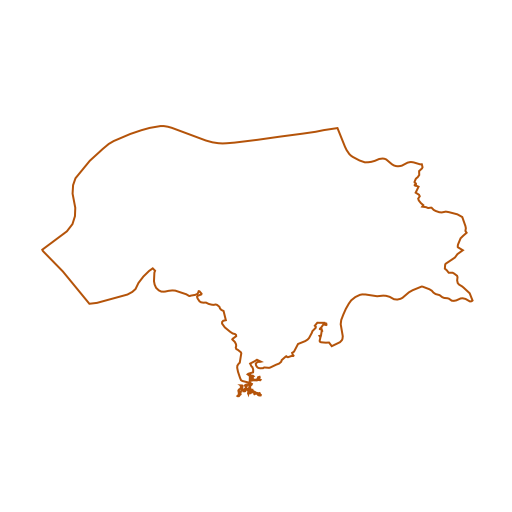 Quang Yen, Quảng Ninh, Vietnam, rotated 84°
{"feature_id": "81297802B38356347526872", "entity_name": "Quang Yen", "entity_type": "district", "adm_level": 2, "iso_a3": "VNM", "parent_name": "Vietnam", "parent_adm1": "Quảng Ninh", "projection": "equal_earth", "projection_center": [106.908, 20.924], "detail": "fine", "context": "isolated", "style": "outline", "palette": "amber", "viewbox_px": 512, "rotation_deg": 84, "n_neighbors": 0, "source": "geoboundaries", "source_scale": "gbopen_adm2", "svg_char_len": 6085}
<svg xmlns="http://www.w3.org/2000/svg" viewBox="0 0 512 512"><g transform="rotate(84 256 256)"><path d="M286.1,426.7L286.0,419.0L280.9,387.9L278.8,382.8L276.3,379.3L270.5,375.7L264.6,370.1L259.7,363.9L257.5,360.0L260.1,357.9L261.9,358.8L270.4,360.1L273.8,359.8L277.2,358.7L280.0,356.3L281.5,353.9L281.8,351.7L281.9,350.3L281.5,346.5L281.5,342.7L282.0,339.9L286.8,329.3L288.7,326.8L288.9,326.0L288.6,325.0L288.3,320.5L287.6,318.3L286.5,317.4L285.0,316.7L285.2,315.9L287.8,314.1L288.5,314.4L289.4,317.9L290.4,318.9L292.2,318.5L295.2,316.9L296.3,315.5L296.9,313.3L297.1,310.6L298.7,308.1L299.8,305.1L300.2,303.2L300.0,301.2L300.6,299.8L302.7,297.7L304.4,297.3L306.0,296.1L307.3,294.0L316.7,292.7L317.0,295.4L318.1,296.6L319.7,296.8L323.7,294.5L328.7,289.6L330.6,287.3L331.4,285.1L332.4,284.1L333.7,284.1L335.9,287.9L336.5,288.3L339.3,286.0L341.7,285.1L343.4,285.1L345.0,285.7L346.5,285.3L347.5,283.8L350.2,281.1L351.2,280.8L360.4,283.3L361.3,284.5L363.1,286.0L365.2,286.4L369.3,286.0L375.6,284.6L377.9,283.9L378.9,282.6L381.2,276.2L381.2,275.8L380.5,275.4L375.2,274.7L374.3,275.0L372.8,276.7L372.3,275.9L371.4,271.1L370.0,270.8L368.4,270.7L366.2,271.2L365.4,272.0L362.4,273.1L360.5,268.3L359.3,265.9L361.6,262.2L361.7,263.2L361.5,265.1L362.2,266.6L363.1,267.5L364.7,267.4L366.1,266.8L367.2,265.9L367.7,265.0L368.1,263.6L368.3,260.7L367.7,259.5L368.6,254.7L368.4,253.5L366.2,247.3L365.4,244.3L363.8,242.0L362.2,241.3L359.0,236.8L358.9,236.2L359.6,235.8L360.0,234.8L359.2,231.4L359.3,229.3L359.0,229.1L358.0,229.8L356.1,230.2L355.1,228.2L347.9,223.4L345.8,216.0L344.5,213.4L343.1,211.8L338.1,208.4L336.7,207.8L333.7,204.2L332.7,203.9L331.5,204.8L328.8,202.0L329.6,194.9L330.1,194.9L330.5,193.2L331.8,193.1L332.0,193.4L331.2,195.7L331.3,196.3L333.8,198.5L335.0,200.0L335.4,200.1L335.7,199.6L335.8,198.8L335.6,198.4L337.5,198.0L337.8,198.6L342.0,199.7L342.1,201.2L342.6,201.0L342.7,200.1L346.7,201.5L347.7,201.5L348.1,201.2L348.6,200.3L349.5,195.7L349.7,192.4L353.6,190.1L350.5,181.5L348.7,179.4L347.5,178.7L344.9,178.1L332.7,178.9L328.5,177.9L323.4,175.3L318.0,172.2L313.0,168.6L310.0,165.9L307.2,161.5L305.5,156.7L305.3,154.4L305.7,151.2L308.7,139.7L308.7,133.6L309.2,130.8L310.6,127.3L313.4,123.3L314.1,120.1L313.7,116.8L312.9,114.7L308.1,107.7L306.4,103.8L303.7,94.5L303.9,93.5L307.2,87.0L308.9,84.8L310.9,83.4L312.6,81.4L314.1,77.5L316.4,75.1L317.4,73.2L318.0,70.1L318.6,68.6L320.9,66.0L321.3,64.0L321.1,61.5L319.6,56.9L319.6,55.0L320.6,52.1L323.5,48.1L323.6,46.8L323.3,45.9L322.9,45.3L315.4,47.4L309.1,52.9L307.7,54.3L305.6,57.1L304.0,58.2L301.3,58.5L298.1,57.8L296.7,58.1L294.1,60.9L293.2,62.2L292.8,66.1L290.1,67.8L288.3,69.5L284.5,68.8L283.6,68.3L278.3,58.3L275.2,55.5L271.9,49.7L268.5,54.2L268.2,54.4L267.1,54.3L265.7,53.9L259.8,50.7L257.5,47.8L254.9,44.1L253.0,45.1L250.3,44.4L248.1,44.6L238.8,46.8L235.6,51.4L232.5,59.7L231.7,62.6L232.1,66.8L231.6,69.2L230.0,72.6L228.7,74.5L226.4,76.3L226.2,76.7L226.3,79.8L225.2,81.8L224.3,85.5L222.9,84.3L220.6,86.5L217.8,88.3L215.9,88.7L213.7,86.9L212.1,87.5L209.7,90.6L204.1,87.1L203.0,89.0L202.8,90.2L202.3,90.8L201.9,90.7L201.3,89.4L201.0,89.3L200.6,89.4L199.4,90.6L198.9,90.6L196.1,89.1L195.2,88.1L194.7,87.1L192.5,85.2L188.6,84.9L186.2,81.7L185.1,81.1L182.1,81.5L182.0,83.2L179.4,89.4L178.9,91.3L178.7,92.8L179.0,95.5L181.4,101.5L181.6,103.3L181.6,105.5L181.2,107.4L180.4,109.3L179.0,111.2L173.6,116.4L172.8,117.9L172.3,119.8L172.4,123.4L173.8,127.9L174.4,131.5L174.5,134.9L174.2,138.0L171.8,143.1L167.5,149.5L166.0,151.2L164.3,152.6L160.2,154.8L156.6,156.1L137.3,161.6L137.9,175.5L138.7,183.7L139.2,197.0L139.8,220.1L140.6,241.9L141.0,265.5L140.8,273.3L140.6,277.3L139.9,281.6L138.4,287.4L135.9,293.8L119.7,326.4L118.2,330.2L117.1,334.3L116.8,337.6L117.5,348.4L118.9,356.7L121.5,368.3L126.8,385.5L129.2,390.8L133.5,397.2L143.9,411.3L159.8,427.4L166.4,430.5L174.8,431.9L189.2,430.7L197.5,431.9L205.1,435.2L211.7,441.5L227.4,467.9L228.6,467.5L229.7,466.7L251.2,449.7L286.1,426.7ZM385.8,283.5L383.7,282.9L383.3,283.3L383.1,284.7L383.7,284.0L384.1,283.9L384.6,284.8L385.3,284.7L386.0,285.2L386.3,285.1L386.9,286.7L387.4,287.2L387.9,287.1L388.2,287.6L389.2,287.5L389.3,286.6L389.8,286.4L390.0,287.3L390.5,287.1L391.0,287.5L391.8,287.2L393.3,289.1L393.6,288.7L393.6,287.6L392.6,286.7L392.0,285.8L391.4,286.0L390.2,285.5L389.8,285.8L388.0,284.3L387.5,283.2L387.0,283.4L386.7,284.4L386.2,284.2L385.8,283.5ZM386.3,275.9L385.0,275.4L384.8,275.5L385.2,276.2L386.1,276.1L386.8,277.2L387.1,278.2L386.9,280.8L387.1,281.3L388.2,282.6L389.2,282.7L389.4,281.5L389.3,281.0L388.6,280.9L387.8,280.1L387.9,278.4L388.5,278.7L389.0,278.5L389.0,278.1L388.6,277.6L389.1,276.7L388.0,275.5L387.8,275.8L386.8,275.5L386.3,275.9ZM393.0,271.1L392.0,270.3L390.9,271.5L390.6,272.3L389.7,273.2L390.1,274.6L390.0,275.0L389.6,274.4L388.6,273.8L388.5,274.2L389.4,275.2L389.0,276.2L389.4,276.1L390.0,276.6L389.9,275.3L390.9,275.2L391.2,273.7L391.1,272.5L391.6,271.3L392.1,271.4L392.1,272.0L392.9,272.2L393.3,272.0L393.0,271.1ZM395.0,267.5L395.2,266.0L394.7,265.7L393.8,266.6L392.9,266.6L392.6,267.0L392.9,268.4L392.4,268.9L392.2,269.5L392.6,269.7L393.3,269.4L393.6,268.7L394.4,268.5L395.0,267.5ZM384.1,274.6L383.5,273.8L382.9,273.5L382.6,274.6L381.7,274.7L381.6,275.4L382.0,277.0L382.8,277.3L383.4,277.0L383.7,276.2L383.6,275.6L384.1,275.1L384.1,274.6ZM379.5,270.5L379.8,268.1L379.5,266.7L379.7,265.6L380.0,264.9L379.6,264.4L379.2,264.9L379.2,266.4L378.7,267.3L379.1,269.9L379.0,270.4L379.5,270.5ZM379.2,274.6L379.5,273.8L379.3,272.1L378.8,271.2L378.5,271.2L378.2,271.8L378.5,274.2L378.6,274.6L379.2,274.6ZM375.5,271.7L375.3,271.1L374.7,271.7L374.7,272.2L375.7,272.3L376.4,273.9L376.7,273.9L376.8,271.9L375.5,271.7ZM391.9,278.0L391.9,275.7L391.5,275.3L390.9,276.0L390.9,277.0L391.0,277.8L391.3,278.2L391.7,278.3L392.3,278.1L391.9,278.0ZM384.3,279.4L384.2,278.8L382.9,279.3L383.5,280.5L385.4,279.9L385.3,279.6L384.3,279.4ZM377.3,265.6L376.9,265.0L376.5,265.1L376.8,266.6L377.7,267.0L378.1,266.7L378.1,266.2L377.8,265.7L377.3,265.6ZM374.3,274.8L374.9,274.5L374.9,274.0L373.9,273.8L373.4,274.0L373.3,274.7L374.3,274.8Z" fill="none" stroke="#b45309" stroke-width="2"/></g></svg>